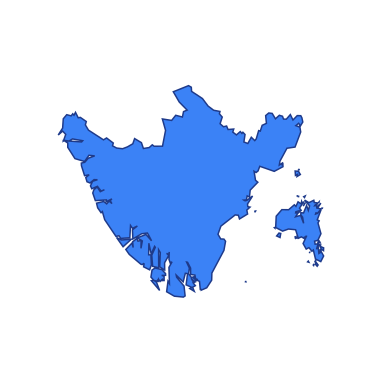 outline of Southland District, Southland, New Zealand, rotated 287°
{"feature_id": "76426892B99609638104575", "entity_name": "Southland District", "entity_type": "district", "adm_level": 2, "iso_a3": "NZL", "parent_name": "New Zealand", "parent_adm1": "Southland", "projection": "equal_earth", "projection_center": [167.626, -45.773], "detail": "fine", "context": "isolated", "style": "filled", "palette": "blue", "viewbox_px": 384, "rotation_deg": 287, "n_neighbors": 0, "source": "geoboundaries", "source_scale": "gbopen_adm2", "svg_char_len": 6114}
<svg xmlns="http://www.w3.org/2000/svg" viewBox="0 0 384 384"><g transform="rotate(287 192 192)"><path d="M207.4,47.4L212.4,50.5L210.2,54.4L203.1,54.1L204.1,55.1L204.8,59.5L207.8,62.2L209.1,72.5L207.6,71.8L203.7,55.0L202.5,58.9L198.4,60.1L189.7,70.3L189.8,80.3L197.0,82.7L198.1,88.4L193.9,82.9L189.0,80.7L187.3,77.7L184.8,78.6L176.2,84.5L178.4,88.6L174.7,86.2L171.1,88.6L170.8,91.8L175.2,94.7L176.1,98.0L173.2,93.8L168.2,93.1L165.8,95.2L169.8,99.9L166.3,104.8L168.6,107.6L165.5,104.2L169.1,99.8L165.4,97.5L162.0,97.4L155.5,102.1L159.4,112.4L157.6,112.7L162.0,117.4L159.8,116.3L157.5,118.8L159.1,115.4L155.7,113.9L157.1,110.3L153.4,104.0L149.3,106.4L145.6,111.1L147.1,112.0L140.0,116.6L127.3,132.3L128.8,134.9L126.8,137.5L130.1,145.9L142.0,143.0L139.9,145.7L143.5,149.7L138.4,146.1L129.8,149.2L137.4,156.1L139.7,161.3L138.2,163.0L133.5,167.6L137.9,160.4L132.1,153.0L130.7,158.8L123.2,159.7L130.8,157.5L129.2,154.7L131.4,152.8L127.0,149.8L121.7,152.0L125.6,149.5L117.7,145.5L114.0,150.2L108.0,164.2L108.0,165.6L109.4,166.6L109.2,167.2L106.3,167.6L105.2,174.2L110.3,174.5L119.8,171.1L119.3,168.9L130.4,165.7L120.8,171.1L129.1,172.1L128.4,173.1L119.8,172.0L109.4,176.1L109.8,182.3L127.1,176.9L124.8,179.4L111.0,183.0L109.4,188.7L116.3,186.5L124.6,188.3L125.9,185.6L125.6,188.0L128.0,187.8L120.8,189.7L117.5,192.1L118.9,192.6L118.8,193.2L113.2,192.0L97.8,197.2L99.7,195.1L89.2,196.9L87.2,205.6L89.0,214.5L90.6,215.8L99.7,211.9L106.0,202.2L107.9,201.2L103.5,209.8L112.3,209.4L112.7,211.6L101.5,213.5L100.7,219.7L99.0,218.1L97.7,223.2L101.1,220.4L103.4,222.6L105.5,219.6L106.5,220.8L106.3,219.6L109.3,216.4L107.2,219.9L108.6,221.9L110.3,218.3L110.3,220.3L112.2,219.6L110.0,216.5L112.9,212.6L118.5,211.7L123.4,207.3L123.5,208.3L118.8,212.9L112.8,214.8L113.4,219.1L110.2,220.8L109.9,223.3L109.3,221.5L108.7,225.3L101.5,228.3L101.8,228.6L101.4,229.3L100.8,229.5L104.7,234.1L113.4,236.6L120.3,234.7L145.5,239.6L154.7,238.5L156.3,236.3L155.5,233.2L159.2,229.2L167.8,229.6L182.7,240.0L183.3,243.1L180.1,245.3L187.2,251.6L190.7,249.7L194.5,251.9L194.3,249.6L196.8,248.6L205.9,251.1L200.1,247.0L199.2,245.5L199.2,244.5L199.4,243.9L200.3,246.3L204.4,245.9L204.0,248.4L210.8,247.1L220.6,252.1L221.8,249.3L230.0,245.3L229.4,247.6L231.4,249.0L236.4,249.3L235.8,264.6L242.8,271.6L246.5,270.3L244.5,270.9L244.4,270.3L245.4,270.5L246.2,270.2L246.3,270.1L243.3,267.6L247.3,267.1L261.6,270.0L265.1,277.4L281.2,278.4L286.8,275.6L285.6,275.4L285.8,271.9L288.9,273.9L286.9,276.4L291.3,277.5L295.1,275.4L296.8,273.7L295.8,270.3L290.4,267.5L294.8,263.4L289.2,260.9L288.5,258.2L290.9,256.4L290.9,253.1L286.4,250.4L290.6,245.7L290.0,242.3L286.6,240.1L279.4,243.1L276.3,239.6L270.2,239.5L270.2,237.8L261.6,237.9L259.5,237.0L261.7,232.7L254.7,231.2L255.0,227.0L262.5,225.9L264.0,223.2L262.6,222.6L263.9,220.5L259.6,217.8L261.2,213.5L264.4,213.5L262.3,208.2L265.2,205.8L263.6,203.0L265.5,198.9L272.5,199.0L274.8,195.3L277.2,195.2L276.5,188.8L278.9,182.2L284.4,174.7L288.1,162.2L292.0,160.7L292.7,157.6L282.4,144.8L274.3,153.5L268.9,163.4L266.4,160.4L260.9,160.9L260.6,154.0L254.5,151.6L253.2,142.3L243.2,148.7L227.2,150.4L224.7,142.5L225.5,140.2L222.0,138.1L219.4,132.8L224.4,129.2L226.3,121.5L220.8,121.3L216.3,117.1L213.1,113.0L212.0,107.1L212.9,102.5L215.8,102.4L218.7,94.5L216.0,92.1L220.9,74.9L225.0,70.4L228.5,70.3L230.7,63.4L229.7,61.5L234.1,57.3L230.9,56.7L231.9,55.1L229.5,54.2L229.3,49.6L224.4,47.5L215.3,49.6L207.4,47.4ZM193.5,279.6L182.5,282.4L181.1,290.1L184.8,295.1L186.2,302.1L178.8,307.2L181.1,309.7L180.4,312.6L181.3,312.4L181.8,312.9L182.1,313.6L182.0,314.0L182.9,313.9L183.1,314.0L183.1,314.4L175.2,313.3L170.8,317.9L173.0,320.1L170.4,324.0L172.0,325.0L164.0,329.7L163.1,335.5L169.3,336.6L173.3,332.4L175.0,332.7L174.4,334.9L177.1,334.2L177.5,330.2L175.2,332.4L174.3,331.4L171.4,332.3L170.3,331.3L176.6,328.7L173.6,327.8L179.2,327.7L178.1,325.0L180.8,323.6L182.6,326.5L189.8,327.5L199.3,321.5L201.6,322.0L202.0,319.9L212.8,320.6L208.2,318.2L208.3,317.7L207.6,317.2L207.8,317.0L207.2,316.9L207.0,316.6L208.0,316.6L207.8,317.3L208.4,317.6L208.4,318.2L213.6,320.5L213.2,316.7L219.0,318.5L214.0,315.7L215.8,314.9L215.6,313.8L214.9,313.8L214.7,313.3L215.7,313.6L217.2,315.4L218.3,315.6L217.7,312.0L219.7,310.9L216.0,306.9L217.2,302.0L213.1,308.5L208.4,308.6L212.6,305.5L204.6,304.8L204.0,302.2L202.0,302.7L200.3,305.1L194.7,307.9L201.4,302.7L198.6,298.3L203.1,299.5L202.3,297.2L203.5,297.1L205.3,299.8L203.8,300.2L206.4,301.8L208.0,299.5L213.2,301.1L215.0,299.6L212.5,300.0L213.6,296.3L208.6,295.6L209.7,293.6L203.3,289.6L201.4,283.1L193.5,279.6ZM105.7,176.6L98.6,177.6L96.4,181.2L95.3,179.1L88.4,189.8L95.5,184.3L96.3,181.4L96.5,184.5L98.5,185.2L95.9,185.9L98.6,185.7L97.1,187.6L100.6,189.5L98.5,189.2L99.2,191.2L103.4,189.9L103.4,187.4L104.6,191.1L106.2,190.6L109.0,185.9L108.5,178.9L105.7,176.6ZM126.4,133.2L119.5,142.1L129.1,147.8L125.5,138.5L126.4,133.2ZM174.7,285.8L174.2,289.5L178.3,289.0L178.2,287.2L174.7,285.8ZM242.2,284.5L238.1,286.1L239.6,287.6L237.5,287.9L240.4,290.5L242.9,287.8L242.2,284.5ZM161.6,330.5L158.9,331.3L157.6,333.4L159.1,333.9L161.6,330.5ZM182.8,327.3L180.3,327.2L181.4,329.1L182.8,327.3ZM214.3,303.1L211.0,302.5L214.4,303.4L214.3,303.1ZM221.3,301.4L220.2,300.2L219.6,301.2L221.3,301.4ZM178.7,329.4L177.9,330.1L178.8,330.5L178.7,329.4ZM159.0,329.8L157.6,329.3L157.3,329.8L159.0,329.8ZM179.4,329.3L178.8,328.1L178.2,328.7L179.4,329.3ZM192.3,257.9L190.9,257.9L192.4,258.4L192.3,257.9ZM159.9,323.4L159.0,323.0L159.0,324.3L159.9,323.4ZM179.4,305.8L178.4,305.2L178.9,306.6L179.4,305.8ZM121.9,269.8L122.6,269.3L121.8,269.4L121.9,269.8ZM245.5,287.9L244.5,287.5L244.5,287.8L245.5,287.9ZM179.6,304.3L179.1,303.7L178.5,304.4L179.6,304.3ZM214.8,301.5L214.2,300.9L213.9,301.1L213.7,301.0L213.8,301.4L214.8,301.5ZM219.2,294.2L218.8,293.2L219.0,294.5L219.2,294.2ZM214.7,321.1L213.8,321.2L214.7,321.4L214.7,321.1ZM218.8,294.9L218.1,295.3L218.9,295.2L218.8,294.9ZM182.3,281.6L182.0,281.2L181.7,281.8L182.3,281.6ZM162.1,330.3L161.6,329.9L161.2,330.2L162.1,330.3ZM168.6,322.1L167.9,322.4L168.7,322.2L168.6,322.1ZM219.2,316.2L218.7,316.5L219.6,316.4L219.2,316.2Z" fill="#3b82f6" stroke="#1e3a8a" stroke-width="1.5"/></g></svg>